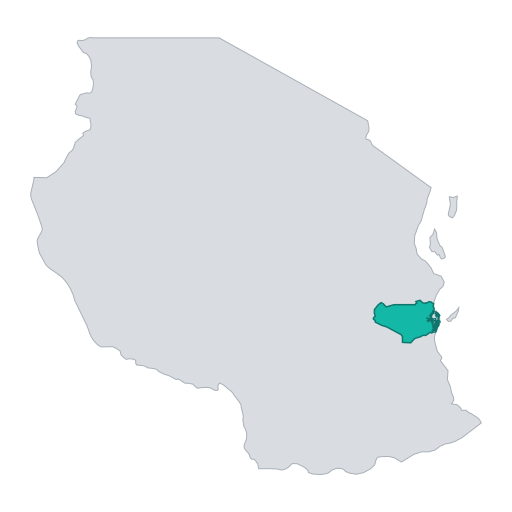 Rufiji, Pwani, United Republic of Tanzania shown in context
{"feature_id": "72390352B25336426084217", "entity_name": "Rufiji", "entity_type": "district", "adm_level": 2, "iso_a3": "TZA", "parent_name": "United Republic of Tanzania", "parent_adm1": "Pwani", "projection": "mercator", "projection_center": [39.283, -7.991], "detail": "fine", "context": "in_parent", "style": "filled", "palette": "teal", "viewbox_px": 512, "rotation_deg": 0, "n_neighbors": 0, "source": "geoboundaries", "source_scale": "gbopen_adm2", "svg_char_len": 9472}
<svg xmlns="http://www.w3.org/2000/svg" viewBox="0 0 512 512"><path d="M176.2,379.5L169.6,376.0L163.6,373.9L158.7,371.5L156.5,369.2L151.9,368.3L147.9,367.9L144.2,365.8L136.7,365.0L135.8,363.6L135.7,360.4L134.4,359.6L131.6,358.8L128.6,358.8L126.8,359.3L125.8,359.1L123.3,357.2L121.0,354.8L120.2,351.1L116.7,348.6L112.7,346.7L101.6,346.9L99.9,346.3L97.2,344.4L94.2,341.3L91.7,337.6L89.5,332.8L87.2,326.2L74.5,299.9L73.2,294.9L70.8,289.4L66.7,282.6L62.4,277.6L56.5,273.1L49.9,268.6L46.3,265.5L39.5,253.2L38.1,247.4L37.1,241.4L37.5,239.0L41.8,231.3L42.2,229.1L41.7,226.2L39.6,220.1L36.9,212.6L31.5,199.1L30.7,195.7L30.8,193.1L34.0,179.3L33.9,177.4L46.7,177.7L56.0,171.7L64.0,162.7L65.7,158.9L68.9,153.1L72.2,150.3L73.4,148.3L75.3,142.5L79.5,138.6L83.6,135.6L82.8,133.5L83.4,132.7L85.7,131.2L90.0,129.8L90.9,126.8L90.9,123.4L90.2,121.5L90.3,119.3L89.6,118.1L86.8,117.7L82.5,116.0L78.9,115.3L76.5,114.3L75.6,113.6L75.2,111.5L77.2,106.3L75.2,104.2L79.7,95.4L80.5,94.4L82.1,94.2L84.6,93.3L87.0,92.9L88.9,93.2L90.3,92.9L91.6,91.9L92.7,88.9L93.5,84.0L93.1,80.0L91.2,76.9L90.7,72.1L91.6,65.8L90.9,60.5L88.9,56.3L86.8,53.8L83.6,52.6L78.6,46.2L77.1,43.0L77.4,41.1L79.1,40.3L82.3,40.5L85.3,39.8L88.1,38.0L90.8,37.5L92.2,37.8L219.0,37.8L367.2,120.5L367.9,121.5L369.0,128.6L368.8,131.1L366.5,135.2L365.8,137.3L365.8,138.8L366.4,139.4L368.3,139.6L370.0,140.6L370.6,141.3L371.8,144.4L373.4,146.0L429.8,186.7L431.1,187.3L430.3,190.7L427.1,199.0L426.9,202.4L425.6,206.5L424.4,209.2L421.2,220.8L418.5,225.2L414.8,235.4L414.2,243.2L416.2,248.7L417.0,253.9L421.3,258.9L424.8,260.7L427.2,263.0L431.3,268.3L433.7,273.6L441.2,276.2L444.2,282.1L443.1,286.2L439.6,289.5L436.4,295.0L433.8,302.2L433.7,313.2L435.5,311.6L439.4,314.3L439.9,322.4L435.8,331.8L434.6,336.2L434.4,340.0L437.3,351.4L441.8,357.1L441.5,358.9L440.3,360.5L448.0,370.7L447.4,379.6L450.3,386.5L451.5,392.5L453.4,397.1L453.8,400.3L451.4,403.8L457.0,404.7L460.3,407.6L461.9,410.4L465.9,410.2L468.1,412.1L471.3,413.7L478.3,418.3L480.1,420.7L481.3,422.9L462.1,437.6L455.1,441.3L450.2,443.1L444.9,444.0L439.8,446.4L435.1,450.0L429.0,451.8L421.6,451.8L413.8,454.4L401.5,462.0L394.4,457.8L388.8,456.4L382.3,456.6L378.4,457.1L377.0,458.0L375.8,460.6L374.7,464.8L370.5,468.9L363.1,472.8L356.3,474.2L350.0,473.3L345.8,471.6L343.6,469.4L340.3,468.3L336.0,468.5L331.9,470.1L328.0,473.2L321.7,474.5L313.1,474.1L308.5,472.6L307.8,470.1L304.1,467.1L297.2,463.7L292.1,463.6L288.8,466.9L285.8,468.9L283.1,469.8L280.7,469.9L277.2,469.0L267.7,468.6L258.7,468.8L257.8,464.0L255.9,461.2L254.3,459.4L251.2,459.0L250.3,457.7L249.2,454.7L247.7,452.2L245.7,450.2L244.4,448.2L244.0,446.5L244.4,444.5L246.2,439.7L246.8,436.4L246.6,433.0L245.6,429.5L243.5,425.4L243.7,424.2L243.0,421.4L242.9,419.4L243.3,416.9L242.9,413.7L241.1,406.8L241.1,405.0L239.1,401.7L233.1,393.8L232.8,392.8L223.4,384.8L219.7,383.1L218.3,384.6L217.8,386.0L218.2,388.5L218.0,389.8L217.6,390.3L215.4,390.3L214.0,390.0L210.4,387.8L207.6,387.3L200.8,387.7L198.3,388.2L196.4,387.7L192.8,384.1L188.5,383.3L184.7,383.1L178.4,379.0L176.2,379.5ZM442.2,247.5L445.3,256.2L444.9,257.8L442.7,258.8L441.5,258.9L440.2,257.5L439.2,254.5L437.6,255.2L434.7,251.7L431.9,251.6L429.5,247.4L430.4,243.8L429.9,237.6L432.9,234.4L434.6,229.1L436.5,232.7L437.0,238.4L439.6,245.1L442.2,247.5ZM457.1,196.0L457.3,198.0L456.7,199.9L456.8,206.1L456.6,210.1L454.3,215.8L452.4,217.8L450.7,217.2L449.3,216.3L448.2,214.7L450.4,204.4L449.3,196.8L453.7,197.5L457.1,196.0ZM450.9,321.0L448.7,321.5L447.8,321.0L446.5,319.3L448.8,317.8L451.1,315.0L456.3,310.9L458.8,307.6L458.4,310.8L455.4,317.8L452.9,318.3L450.9,321.0Z" fill="#d9dde1" stroke="#a8b0b8" stroke-width="1"/><path d="M431.8,333.0L432.4,332.1L433.2,332.1L432.4,330.7L433.4,329.2L433.5,328.6L433.2,328.5L433.0,328.3L434.0,328.9L433.7,329.5L434.4,328.8L433.4,328.3L433.6,328.0L433.8,328.4L433.8,327.9L433.0,327.1L433.5,326.9L432.9,326.2L432.4,326.4L432.8,326.0L434.3,326.8L435.0,326.1L432.3,323.9L431.8,321.9L432.1,321.8L432.4,321.2L432.1,321.5L431.0,319.3L430.9,319.7L430.6,319.2L430.3,319.7L429.8,319.6L429.9,319.8L429.9,320.1L429.7,320.1L429.8,320.4L429.8,320.6L429.6,320.8L429.5,320.7L429.4,320.6L429.6,320.1L429.6,320.7L429.7,320.0L429.9,320.0L429.7,319.8L429.3,319.9L429.2,319.8L428.8,320.7L428.7,320.8L428.5,320.7L428.4,320.7L428.5,320.8L428.5,321.1L428.4,321.3L428.3,321.2L428.3,320.9L428.1,320.7L427.7,321.0L426.8,321.1L428.0,320.6L428.3,320.8L428.4,321.1L428.5,321.1L428.5,320.9L428.4,320.7L428.5,320.7L428.8,320.7L429.1,319.8L429.3,319.8L429.7,319.8L429.9,319.9L429.6,319.6L429.8,319.3L428.5,319.0L427.1,318.2L426.6,317.6L428.7,318.7L429.9,318.7L430.1,319.3L430.7,319.1L431.0,319.3L431.3,318.8L431.4,319.8L431.7,318.6L432.5,318.7L431.7,318.4L431.4,318.7L431.3,317.2L430.7,317.2L430.3,317.9L430.9,316.8L430.6,316.9L430.3,316.4L430.6,315.9L430.1,315.7L430.7,315.5L430.8,314.8L431.2,315.2L431.6,315.0L431.2,314.5L431.8,314.3L431.6,314.1L431.3,314.2L431.1,314.0L431.9,314.0L431.3,313.7L431.8,313.7L431.5,313.2L432.0,313.6L432.2,313.1L432.8,313.8L433.6,313.2L432.2,312.5L432.5,311.7L433.1,312.9L433.5,312.8L433.9,311.8L433.6,312.0L433.5,311.7L434.4,311.4L433.6,310.4L434.2,308.7L433.1,306.5L433.6,303.5L431.9,302.8L431.4,302.1L428.9,301.7L426.5,303.2L425.5,302.8L424.7,303.3L423.1,303.1L420.0,300.3L415.9,301.5L416.8,303.2L415.7,303.7L415.2,304.7L394.0,304.7L386.1,306.9L383.4,303.9L381.1,302.6L378.1,304.9L374.5,309.5L374.3,313.0L375.3,316.2L373.7,317.5L373.3,318.9L375.2,320.6L375.3,322.1L381.6,325.3L386.9,327.0L401.2,334.7L402.4,336.5L402.5,342.4L410.7,342.8L413.9,339.3L415.4,338.2L420.1,336.9L422.8,335.4L425.8,335.4L429.6,332.7L430.8,332.4L431.8,333.0ZM431.9,330.7L432.2,330.4L432.2,330.5L431.9,330.7ZM436.8,325.4L437.2,324.1L436.6,324.6L436.0,325.5L435.7,325.4L435.4,325.2L435.8,324.7L435.3,324.8L435.0,324.6L434.8,325.4L436.9,327.2L437.1,326.1L437.0,327.5L437.3,327.6L438.1,325.5L437.7,325.4L437.6,325.9L437.5,325.1L436.8,325.4ZM433.4,320.1L432.9,318.5L433.1,318.2L431.6,320.4L433.4,320.1ZM436.7,323.0L436.2,323.3L436.2,324.3L436.4,324.2L436.4,324.3L436.5,324.5L436.4,324.6L437.2,324.1L437.4,323.8L437.6,323.7L437.6,323.4L437.1,323.5L436.7,323.0ZM437.4,321.4L437.2,322.2L437.6,321.9L437.8,321.1L437.9,321.7L438.0,321.0L438.0,321.6L438.6,319.7L438.1,321.3L438.2,319.8L437.7,321.2L436.8,321.4L437.4,321.4ZM437.0,328.2L436.8,328.9L436.1,329.2L436.5,329.4L436.1,330.0L436.4,330.4L437.0,328.2ZM433.3,321.2L432.6,321.4L432.7,322.2L432.2,321.8L431.9,322.1L433.1,322.5L432.8,321.7L433.3,321.2ZM437.5,315.9L437.2,315.5L437.1,316.1L437.0,316.7L437.3,316.0L438.2,315.7L437.5,315.9ZM438.0,323.1L438.2,323.9L437.3,323.9L438.6,324.3L438.4,323.2L438.0,323.1ZM439.1,321.7L438.9,321.4L439.1,322.2L438.5,322.7L439.2,322.1L439.3,322.4L439.3,320.5L439.1,321.7ZM436.6,320.4L435.9,320.5L435.4,321.8L435.7,321.3L436.6,320.4ZM433.3,330.2L432.6,330.5L433.0,331.2L433.3,330.2ZM436.1,327.8L435.2,328.3L435.2,329.3L435.4,328.7L436.1,327.8ZM438.3,313.3L436.7,312.6L438.2,313.7L437.8,313.2L438.3,313.3ZM439.0,315.3L438.3,314.7L438.0,315.2L437.7,315.3L437.8,315.4L439.0,315.3ZM438.2,316.8L438.1,317.3L438.8,317.5L438.9,317.2L438.2,316.8ZM436.3,313.1L436.2,313.4L435.8,313.1L435.6,313.6L436.4,313.6L436.3,313.1ZM436.4,324.7L436.1,324.7L435.7,325.3L436.0,325.3L436.4,324.7ZM437.7,322.5L437.0,322.5L437.1,322.9L437.5,322.6L437.2,323.1L437.7,322.5ZM435.4,320.6L434.8,320.9L435.1,321.3L435.3,321.3L435.4,320.6ZM438.8,319.7L438.8,318.4L438.6,318.6L438.8,319.7ZM436.2,322.7L435.6,322.8L435.7,323.4L436.2,322.7ZM434.6,329.0L434.3,329.6L434.4,329.9L434.8,329.4L434.6,329.0ZM438.2,326.2L438.6,325.4L438.0,326.2L438.2,326.2ZM430.9,316.1L431.1,316.9L431.4,317.1L431.5,316.8L430.9,316.1ZM437.1,314.4L436.4,314.3L437.2,314.6L437.1,314.4ZM439.9,315.4L439.7,315.6L439.5,315.2L439.2,315.6L439.5,315.9L439.9,315.4ZM436.0,329.3L435.4,329.6L435.6,329.8L436.0,329.6L436.0,329.3ZM436.7,327.6L436.2,327.8L435.9,328.2L436.5,328.1L436.7,327.6ZM435.4,332.0L435.2,331.4L435.0,332.0L435.4,332.0ZM436.9,322.8L437.1,323.4L437.4,323.2L437.1,323.2L436.9,322.8ZM435.2,324.8L435.5,324.3L435.5,324.0L435.2,324.8ZM438.4,318.1L438.1,317.7L438.1,318.2L438.4,318.1ZM438.8,314.8L438.6,314.3L438.4,314.6L438.8,314.8ZM438.1,313.9L437.8,313.5L437.4,313.2L438.1,313.9ZM435.8,331.4L435.6,330.9L435.5,332.0L435.8,331.4ZM440.1,321.4L439.9,322.7L440.1,322.0L440.1,321.6L440.1,321.4ZM434.1,320.7L433.7,320.9L434.0,321.6L433.9,321.1L434.1,320.7ZM435.6,327.7L435.2,327.5L435.1,328.2L435.6,327.7ZM434.7,323.4L434.1,323.0L434.5,323.5L434.7,323.4ZM436.2,312.2L435.8,312.1L435.8,312.5L436.2,312.2ZM436.3,324.7L436.1,324.5L435.8,324.5L436.3,324.7ZM438.9,324.7L438.6,325.1L438.7,325.3L438.9,325.2L438.9,324.7ZM438.9,320.6L438.4,320.4L438.5,320.8L438.9,320.6ZM433.1,318.6L433.3,318.1L433.0,318.6L433.1,318.6ZM437.6,320.3L437.3,320.6L437.6,320.3ZM436.3,316.0L436.0,315.9L436.2,316.3L436.3,315.9L436.3,316.0ZM436.8,320.8L436.4,320.7L436.5,320.9L436.8,320.8ZM436.1,315.6L436.4,315.6L436.2,315.2L436.1,315.6ZM436.1,328.5L436.7,328.2L436.0,328.3L436.1,328.5ZM436.6,323.0L436.6,322.8L436.3,322.7L436.6,323.0ZM435.5,330.5L435.2,330.5L435.3,330.9L435.5,330.5ZM436.8,313.7L436.7,313.5L436.8,313.7ZM433.1,331.5L433.1,331.9L433.1,332.0L433.1,331.5ZM431.4,316.0L431.2,316.4L431.5,316.4L431.4,316.0ZM439.0,316.4L438.7,316.4L438.6,316.8L438.8,316.9L439.0,316.4ZM435.3,324.0L435.0,324.1L435.3,324.0ZM435.4,320.2L435.3,320.5L435.5,320.5L435.4,320.2ZM436.1,323.6L435.8,323.7L435.9,323.8L436.1,323.6ZM435.5,318.7L435.2,318.7L435.5,319.1L435.5,318.7ZM433.8,321.4L433.6,320.8L433.5,321.0L433.8,321.4Z" fill="#14b8a6" stroke="#0f766e" stroke-width="1.5"/></svg>